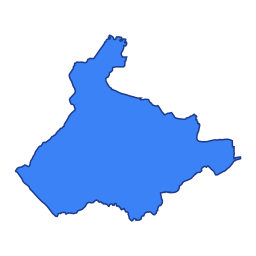 outline of Bungo, Jambi, Indonesia
{"feature_id": "22746128B28569646979400", "entity_name": "Bungo", "entity_type": "district", "adm_level": 2, "iso_a3": "IDN", "parent_name": "Indonesia", "parent_adm1": "Jambi", "projection": "robinson", "projection_center": [101.875, -1.516], "detail": "fine", "context": "isolated", "style": "filled", "palette": "blue", "viewbox_px": 256, "rotation_deg": 0, "n_neighbors": 0, "source": "geoboundaries", "source_scale": "gbopen_adm2", "svg_char_len": 5825}
<svg xmlns="http://www.w3.org/2000/svg" viewBox="0 0 256 256"><path d="M238.9,159.2L240.6,158.6L240.6,157.8L240.3,156.9L235.4,157.7L234.1,158.7L233.8,157.5L233.8,156.6L234.0,154.8L234.3,153.5L234.0,152.3L234.1,146.7L232.5,146.8L232.3,140.7L231.6,140.4L229.9,139.7L228.0,139.3L226.4,139.3L224.2,139.4L222.9,139.7L220.8,139.7L219.7,139.5L217.4,140.1L215.8,139.8L214.0,140.0L210.9,140.6L207.2,141.6L202.7,141.8L199.8,141.4L198.9,141.2L197.7,140.4L197.1,139.4L196.8,138.2L196.9,136.0L197.3,134.0L198.4,131.4L198.7,130.4L199.0,128.6L199.7,125.5L199.7,124.9L199.4,123.9L198.6,123.7L198.3,123.9L198.1,123.4L197.7,123.3L197.9,122.3L196.5,120.2L196.7,119.6L196.0,119.5L196.1,119.0L195.8,118.0L196.0,117.5L196.1,117.0L196.6,116.8L196.4,116.4L195.9,116.0L195.9,115.5L195.3,115.3L194.9,115.4L194.1,114.3L192.4,115.6L191.2,116.2L190.3,116.2L190.0,116.8L188.6,117.5L186.3,118.1L185.6,119.2L183.1,119.2L179.9,118.9L176.6,118.3L174.9,117.5L173.2,114.8L172.7,114.3L172.1,113.2L171.4,112.6L170.9,112.9L170.2,112.9L169.6,113.1L167.5,113.4L165.7,114.4L164.3,114.8L163.6,113.5L162.2,112.2L158.3,106.0L157.7,105.6L156.3,106.2L156.0,106.0L155.2,106.0L153.7,105.3L152.9,105.1L152.2,104.6L151.5,103.3L149.7,102.2L149.7,101.8L148.7,100.2L148.5,99.6L145.1,99.2L143.3,99.6L140.6,99.7L139.8,98.9L140.9,98.1L139.4,98.0L138.4,98.2L135.2,97.5L134.3,97.1L131.4,96.4L125.7,94.6L121.8,93.6L119.4,92.7L115.2,90.6L113.9,90.3L112.9,89.5L112.0,89.8L111.9,89.7L111.2,88.2L109.4,87.0L108.9,86.3L106.6,82.4L105.9,80.8L105.8,79.1L106.0,78.5L106.3,77.9L107.6,77.2L107.4,77.1L107.6,77.2L108.9,75.8L109.4,74.2L109.5,72.8L109.9,72.3L110.7,72.1L112.5,70.4L112.5,68.3L112.8,67.6L114.4,67.1L116.3,66.8L123.2,66.9L123.8,66.6L124.6,65.9L124.8,65.5L124.7,64.6L124.9,63.7L124.9,62.6L124.7,61.9L125.6,61.2L126.1,59.5L126.2,58.2L126.7,57.1L124.8,57.0L122.6,57.1L122.5,56.6L121.6,55.7L121.1,53.0L122.4,51.3L123.7,47.9L123.8,45.7L125.4,46.0L125.7,45.8L126.3,45.0L126.6,44.3L126.7,43.0L126.2,42.0L125.8,42.1L125.1,42.8L124.7,42.6L124.7,42.3L125.8,39.8L125.7,39.3L124.0,39.0L123.5,39.0L122.1,40.6L121.4,41.1L120.1,40.9L119.8,40.7L119.8,40.2L120.4,39.7L121.6,39.1L121.9,38.7L121.9,38.2L121.6,37.6L121.1,37.3L119.3,37.1L118.9,36.8L116.6,37.0L116.2,37.4L115.6,39.3L114.7,39.6L114.0,39.3L113.2,37.6L112.7,36.8L109.8,35.2L109.3,35.5L109.1,36.2L109.3,36.9L110.3,37.7L110.0,38.9L109.4,39.1L109.0,39.0L108.5,38.3L108.5,38.6L108.0,39.0L106.7,39.6L106.3,40.1L105.8,41.6L104.7,42.2L104.2,43.9L103.8,44.3L103.1,45.2L102.6,46.2L101.1,48.0L93.8,58.6L89.8,58.4L89.1,59.0L87.9,59.4L87.0,61.7L86.3,62.2L85.7,62.5L85.0,62.7L81.4,62.1L78.6,62.3L77.1,62.0L76.6,62.2L75.6,63.1L74.7,63.3L74.5,64.5L74.7,65.5L73.5,66.4L73.2,68.6L69.6,74.0L69.2,75.2L69.5,77.1L70.4,79.3L71.9,82.1L73.1,85.8L74.7,88.6L75.1,90.0L75.3,91.7L74.9,92.9L73.6,94.5L70.2,98.1L69.5,99.4L70.3,102.3L71.1,104.0L71.5,104.2L72.7,104.4L73.5,104.8L73.9,105.1L75.1,109.1L75.1,109.9L71.3,113.3L69.2,115.8L67.7,118.9L64.3,124.5L64.1,126.2L62.8,127.0L62.2,128.0L60.3,128.6L59.7,129.6L57.0,132.2L56.6,132.9L56.2,133.2L55.8,134.3L55.1,134.9L54.1,135.4L52.9,136.3L51.8,136.8L50.3,139.0L45.6,142.5L44.3,142.3L43.2,142.5L41.4,145.7L39.4,146.4L38.8,147.0L38.0,148.1L37.4,149.1L36.5,150.2L35.3,152.2L34.8,153.8L34.3,154.9L33.1,156.6L32.5,158.2L30.7,161.0L30.2,163.0L29.9,165.0L28.9,166.5L28.5,166.5L27.9,166.4L25.3,165.0L24.6,165.1L23.6,166.0L22.7,166.2L21.1,167.2L20.0,167.4L19.3,167.3L18.5,167.8L17.6,168.1L17.3,168.3L16.1,170.2L15.5,170.4L15.4,170.2L15.9,171.6L17.1,172.0L18.3,173.6L21.8,178.7L23.1,181.5L24.5,183.1L28.6,186.2L29.1,186.9L29.7,188.3L30.3,189.3L33.6,192.7L37.3,196.9L42.0,201.7L44.7,203.8L47.2,206.3L52.7,213.5L55.9,216.4L56.5,216.5L57.4,216.2L58.0,214.6L57.9,214.2L58.5,213.6L58.8,213.5L59.9,213.4L60.3,213.6L62.0,212.5L63.2,212.5L64.1,212.3L65.3,212.8L65.7,213.8L66.1,214.1L67.1,213.5L69.0,212.9L73.6,213.6L75.2,213.1L76.6,212.9L77.6,211.0L82.2,209.3L85.2,206.5L87.0,203.3L89.0,202.4L91.3,202.8L93.1,202.6L95.4,200.5L96.6,200.0L98.4,201.2L99.0,202.0L99.7,202.2L100.5,201.8L101.2,201.8L101.8,202.8L102.5,203.0L103.5,204.0L103.8,204.0L104.1,203.7L104.6,203.9L105.4,203.7L106.0,204.3L106.7,204.2L108.6,206.3L109.0,206.3L109.6,204.9L109.8,204.6L110.4,204.2L111.9,203.9L112.4,204.4L112.8,205.2L113.3,205.2L113.7,205.0L114.1,205.2L114.5,204.3L114.6,203.6L115.7,203.4L116.2,204.1L116.4,205.6L116.9,206.1L117.3,205.8L117.8,205.8L118.3,206.5L119.2,206.5L119.9,207.3L121.0,209.3L121.5,209.7L122.2,209.2L122.6,209.5L122.9,209.4L123.4,208.6L124.0,208.5L124.7,209.4L125.2,210.9L125.7,211.8L126.2,212.0L126.8,211.7L127.5,212.0L128.0,212.5L128.4,213.1L128.1,214.2L128.7,215.6L129.4,218.6L131.5,220.8L132.2,220.6L132.9,220.2L133.2,219.5L133.9,218.6L134.6,218.6L135.3,219.0L136.0,220.2L136.5,219.6L137.3,220.2L139.6,220.0L140.6,219.0L141.3,218.8L141.4,217.2L141.6,216.6L142.1,216.0L142.9,215.9L143.5,216.0L143.8,215.8L144.5,213.6L145.3,212.9L147.3,211.9L147.6,212.1L148.6,212.1L149.6,211.8L150.5,211.9L152.9,214.2L153.6,214.6L154.2,214.8L154.8,214.6L155.2,214.0L156.2,213.2L156.5,211.2L157.6,210.7L157.8,208.2L159.2,205.5L160.7,205.5L162.2,203.1L162.4,200.8L162.2,199.9L161.6,199.1L161.7,198.6L161.3,198.0L161.2,196.8L161.2,196.4L161.0,195.8L160.4,193.2L160.6,192.9L162.5,192.7L163.2,192.2L164.2,192.4L164.5,192.1L165.0,192.3L165.6,191.9L166.9,191.9L168.4,192.5L169.4,192.0L169.7,192.0L170.2,192.8L171.1,192.5L173.3,192.5L175.7,192.0L177.4,191.0L178.2,190.3L179.1,188.5L179.3,185.9L180.7,185.2L181.5,184.5L183.0,182.3L184.1,181.4L185.9,180.7L187.5,180.2L190.9,178.6L195.7,173.7L195.8,173.9L196.6,172.9L198.5,172.4L199.9,172.4L201.7,170.8L201.5,168.6L201.9,168.1L204.2,166.4L205.5,166.6L206.4,167.2L207.9,165.9L209.8,167.6L211.8,169.7L213.7,171.1L214.6,172.7L215.5,174.8L217.2,174.9L223.5,171.4L224.8,171.0L227.3,168.7L229.6,166.9L231.9,164.1L233.7,161.4L235.8,160.3L235.9,159.9L238.9,159.2Z" fill="#3b82f6" stroke="#1e3a8a" stroke-width="1.5"/></svg>